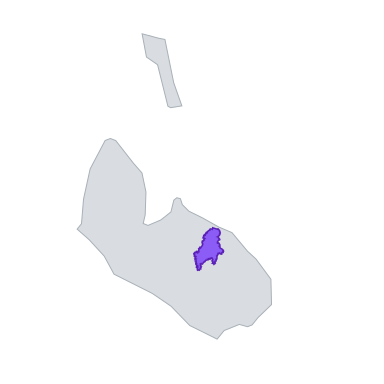 location of Salfit, West Bank, Palestine, rotated 123°
{"feature_id": "87354302B3498749981476", "entity_name": "Salfit", "entity_type": "district", "adm_level": 2, "iso_a3": "PSE", "parent_name": "Palestine", "parent_adm1": "West Bank", "projection": "orthographic", "projection_center": [35.128, 32.112], "detail": "fine", "context": "in_parent", "style": "filled", "palette": "violet", "viewbox_px": 384, "rotation_deg": 123, "n_neighbors": 0, "source": "geoboundaries", "source_scale": "gbopen_adm2", "svg_char_len": 5958}
<svg xmlns="http://www.w3.org/2000/svg" viewBox="0 0 384 384"><g transform="rotate(123 192 192)"><path d="M301.7,90.8L305.2,121.2L299.2,147.4L298.7,170.2L303.4,212.6L293.6,230.7L288.1,252.0L285.7,268.1L278.8,267.4L257.0,279.1L228.1,290.0L196.1,292.9L191.6,289.6L190.4,284.0L199.7,257.0L203.3,244.3L217.1,230.6L236.7,218.8L245.0,215.8L244.0,210.7L232.4,202.9L220.2,198.8L208.7,202.8L205.1,201.6L203.9,198.1L207.9,193.2L209.8,184.2L208.0,169.0L206.8,150.5L204.3,136.3L211.5,113.0L213.3,102.0L222.2,78.3L243.1,64.0L261.2,68.2L270.7,69.2L274.7,72.0L277.3,80.2L290.7,89.6L301.7,90.8ZM125.3,247.4L132.9,255.8L133.2,258.9L104.0,290.2L103.6,303.7L86.5,320.0L81.2,303.7L78.8,297.8L110.3,266.9L125.3,247.4Z" fill="#d9dde1" stroke="#a8b0b8" stroke-width="1"/><path d="M210.4,146.6L210.3,146.9L210.0,147.0L209.9,147.1L210.0,147.5L209.6,147.7L209.2,148.0L209.1,149.0L208.9,149.3L208.7,150.0L208.8,150.2L209.3,150.1L210.4,154.0L210.7,155.1L211.2,154.7L212.0,155.1L212.3,154.8L212.7,156.0L213.1,156.6L213.4,156.7L213.9,156.7L214.3,156.2L215.2,157.0L215.8,157.0L216.1,157.2L216.3,157.4L217.1,157.6L217.3,157.6L217.3,157.2L217.8,157.0L218.1,157.0L218.8,157.3L218.8,157.8L218.7,158.0L218.9,158.0L219.4,157.8L219.6,157.9L220.4,158.0L220.5,157.4L221.1,157.3L221.3,157.4L221.4,158.0L221.8,158.1L221.3,158.3L221.7,158.4L222.0,158.6L222.3,158.4L222.5,158.0L223.5,157.7L223.7,158.1L223.9,158.1L224.0,157.9L224.5,157.4L224.4,157.2L224.1,156.9L224.1,156.5L224.3,156.7L224.2,156.0L224.6,156.2L224.8,156.2L225.4,156.1L225.7,156.0L225.7,155.9L226.1,156.1L226.6,155.9L226.7,156.0L226.7,155.8L227.3,156.0L227.7,156.0L227.8,156.1L228.4,156.2L228.4,156.3L228.6,156.2L228.9,156.1L229.1,155.8L229.1,155.6L229.4,154.9L229.7,154.8L230.0,154.9L230.1,154.7L230.2,154.4L231.2,154.2L231.9,154.3L232.4,154.2L232.5,154.2L232.5,154.3L232.8,154.3L233.5,154.3L233.4,154.4L233.4,154.6L233.5,154.7L233.8,154.9L234.1,154.9L234.2,155.2L235.2,154.8L235.3,154.9L235.2,155.0L235.7,155.0L235.8,155.1L235.5,155.3L235.8,155.3L236.0,155.5L236.1,155.4L236.3,155.1L236.4,154.8L236.9,154.6L237.0,154.7L237.3,154.7L237.9,154.1L237.9,154.3L238.2,154.2L238.3,154.1L238.4,154.3L238.5,154.4L239.3,154.1L239.7,154.1L239.4,154.0L239.6,153.9L239.9,154.1L238.8,154.6L239.1,154.7L239.1,155.0L239.3,154.9L239.3,155.3L239.6,155.4L239.6,155.5L240.0,155.2L240.3,155.5L240.4,156.2L240.5,156.4L240.8,156.6L241.0,156.7L241.0,156.4L242.1,156.2L242.3,156.4L242.2,156.7L242.5,156.8L242.9,156.9L243.1,156.7L243.1,156.3L242.9,156.2L243.0,156.2L243.0,155.9L243.1,155.6L243.6,155.5L243.5,155.4L243.6,155.2L243.9,155.2L244.5,155.0L244.4,154.5L244.7,154.3L244.6,154.2L244.2,154.1L244.0,153.6L244.4,153.6L244.7,153.4L245.0,153.4L245.1,153.6L245.2,153.2L245.5,153.1L245.6,152.9L245.9,152.9L245.9,152.7L246.0,152.8L246.0,152.6L247.3,152.6L247.2,152.3L247.1,152.1L246.9,151.9L246.8,151.6L247.0,151.4L248.1,150.8L248.3,150.8L248.5,150.9L248.4,150.4L248.7,150.4L248.9,150.2L249.0,150.2L249.1,149.9L249.3,150.1L249.7,149.9L249.9,149.9L250.1,149.8L250.1,149.6L250.3,149.5L250.1,149.1L250.5,149.1L250.8,148.8L250.9,148.4L250.7,148.4L250.8,148.2L251.0,147.8L250.9,147.5L250.6,147.2L250.8,147.0L251.0,147.0L251.5,146.8L251.7,146.5L251.8,146.5L251.8,146.3L252.0,146.4L252.0,146.2L252.3,146.3L252.1,146.6L252.0,146.9L251.9,147.0L252.0,147.0L252.0,147.3L252.2,147.5L252.4,147.4L252.7,147.4L252.9,147.2L252.9,146.0L253.5,145.5L253.7,145.4L254.4,145.2L254.6,144.5L254.5,144.4L253.7,144.0L253.7,143.9L253.6,143.7L253.6,143.3L253.4,143.3L252.7,143.2L252.7,143.3L252.1,143.4L251.6,143.3L251.2,143.4L251.2,143.2L251.1,143.3L249.8,143.4L249.8,143.5L249.7,143.5L249.9,144.1L249.4,144.3L249.4,144.5L249.2,144.8L248.8,144.7L248.8,144.9L248.7,144.9L248.7,145.0L248.1,145.5L247.8,145.9L247.1,145.5L247.3,145.3L247.6,145.4L247.7,145.2L247.2,144.9L246.7,143.9L245.5,144.0L244.0,143.9L243.8,143.8L243.8,143.6L243.7,143.6L243.6,143.3L242.8,143.4L242.7,143.2L241.6,143.3L241.5,143.1L241.5,142.9L241.3,142.8L240.6,142.2L240.3,141.8L240.2,141.9L240.2,141.6L239.9,141.5L239.6,141.6L239.0,141.8L238.9,141.6L238.6,141.5L238.6,141.4L238.8,141.3L238.7,141.3L238.7,140.9L238.4,141.1L238.2,141.0L238.3,140.7L238.0,140.4L237.7,140.4L237.8,140.0L237.3,140.2L236.8,139.4L236.5,139.6L236.4,139.5L236.6,139.3L236.9,138.3L237.2,137.8L238.1,137.8L238.5,137.2L238.7,137.5L238.8,137.6L239.2,137.4L239.3,137.2L239.2,137.3L239.0,136.7L239.2,136.4L239.6,136.4L239.8,136.3L239.8,135.6L240.0,135.5L240.6,135.9L240.5,135.2L240.5,134.7L240.7,134.3L240.4,134.3L240.1,134.0L239.9,134.3L239.4,134.3L239.4,134.0L239.3,133.9L239.2,134.3L239.1,134.5L238.9,134.5L238.8,134.2L238.6,134.2L238.6,134.3L238.0,134.6L237.7,135.0L236.7,134.2L235.9,134.7L235.6,134.8L235.5,135.0L235.4,134.8L235.0,134.6L234.4,134.7L234.2,134.9L233.9,135.2L233.4,135.3L233.3,135.5L233.1,135.7L232.5,136.1L232.2,136.4L232.0,136.0L231.1,136.1L230.7,136.5L230.0,136.6L229.9,136.4L229.4,136.7L229.2,136.0L228.6,136.2L228.4,136.0L228.4,135.9L228.5,135.8L228.8,135.7L228.4,135.4L228.2,135.5L228.2,135.2L228.1,134.8L228.4,134.0L228.3,133.7L228.0,133.4L227.8,133.3L227.7,133.7L227.1,133.7L226.9,133.9L226.0,133.8L226.1,133.6L225.9,133.1L225.8,132.9L225.6,132.9L224.9,133.5L224.8,133.4L224.6,133.3L224.4,133.8L223.8,133.9L223.8,134.1L224.1,134.2L224.1,134.4L223.8,134.6L223.5,135.2L223.6,137.3L223.6,138.2L222.7,138.6L222.8,139.7L222.7,139.8L221.5,139.5L221.0,140.0L220.8,140.3L220.6,141.1L220.4,141.2L220.3,141.5L220.6,141.5L220.8,141.7L220.7,142.0L220.3,142.1L220.4,142.3L220.8,142.4L220.9,142.6L221.0,142.9L220.8,143.1L219.8,143.5L219.5,143.4L219.4,143.5L218.0,143.5L217.8,143.2L216.9,142.7L216.6,142.9L216.5,143.3L216.5,143.7L216.3,143.7L216.3,143.8L216.5,143.9L216.1,145.0L215.8,145.5L215.6,145.4L215.6,145.5L215.4,145.6L215.3,145.9L215.4,146.1L215.2,146.0L215.0,145.9L214.5,145.8L214.4,145.7L214.2,145.7L213.8,145.4L213.5,145.3L213.2,145.6L212.8,145.8L212.5,145.6L212.3,145.6L212.0,145.6L212.0,145.8L211.7,145.7L211.5,146.2L211.4,146.2L210.9,146.3L210.6,146.7L210.4,146.6Z" fill="#8b5cf6" stroke="#5b21b6" stroke-width="1.5"/></g></svg>